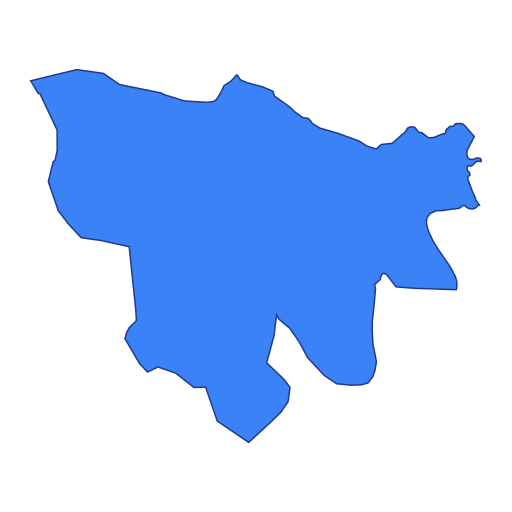 Ash Shamayatayn, Ta`izz, Yemen
{"feature_id": "15242507B595080071721", "entity_name": "Ash Shamayatayn", "entity_type": "district", "adm_level": 2, "iso_a3": "YEM", "parent_name": "Yemen", "parent_adm1": "Ta`izz", "projection": "equal_earth", "projection_center": [44.059, 13.173], "detail": "fine", "context": "isolated", "style": "filled", "palette": "blue", "viewbox_px": 512, "rotation_deg": 0, "n_neighbors": 0, "source": "geoboundaries", "source_scale": "gbopen_adm2", "svg_char_len": 4288}
<svg xmlns="http://www.w3.org/2000/svg" viewBox="0 0 512 512"><path d="M259.4,86.0L253.3,84.4L252.4,84.1L250.1,83.5L246.5,82.5L240.3,79.7L239.4,78.3L237.3,75.1L236.3,75.1L234.9,76.9L230.8,81.3L224.2,85.5L222.4,89.2L219.9,94.2L218.4,96.3L216.0,100.0L213.5,101.4L212.9,101.7L206.3,102.3L196.4,101.7L188.3,101.2L186.8,101.1L184.4,100.9L183.3,100.6L180.1,99.6L175.4,98.1L164.3,94.7L160.9,92.9L157.7,92.3L146.7,90.0L144.8,89.7L136.8,88.0L119.7,84.6L103.3,73.4L95.3,72.2L93.6,72.0L76.8,69.6L72.3,70.7L55.0,74.9L52.4,75.5L50.3,76.0L30.7,80.8L37.1,91.5L38.1,93.3L40.0,93.9L45.4,105.1L51.4,118.0L54.1,123.8L57.1,130.1L57.1,130.3L57.2,150.4L55.0,160.5L53.2,161.8L48.3,181.5L48.4,181.8L57.0,207.0L58.3,210.8L65.3,219.9L68.0,223.5L81.2,237.7L101.5,240.6L129.2,246.7L129.2,246.8L131.0,263.9L131.3,267.5L131.8,272.0L133.8,290.9L135.5,307.1L135.8,310.0L136.4,320.6L129.2,327.7L126.7,332.5L124.9,338.7L125.0,338.8L139.6,363.6L147.5,372.0L158.0,367.0L175.6,373.1L194.0,387.5L205.6,387.1L217.3,421.1L248.7,442.4L270.6,422.2L272.4,420.6L273.2,419.6L278.7,414.4L280.6,412.6L288.1,401.7L288.7,397.4L290.0,387.4L285.3,381.1L284.0,379.4L266.6,362.8L270.2,349.8L270.9,347.0L271.3,345.8L274.0,335.8L275.4,324.3L276.6,314.8L278.7,318.8L279.1,319.3L280.1,320.1L282.9,322.5L285.6,324.8L287.4,326.3L289.8,328.3L293.4,333.6L295.3,336.2L296.3,337.7L299.7,342.6L299.7,342.8L303.9,350.6L307.7,357.8L308.0,358.1L324.4,375.6L336.7,383.8L350.4,385.1L350.7,385.2L361.6,384.8L368.0,383.0L372.9,376.6L373.5,374.7L375.1,369.8L375.1,369.5L376.4,361.9L374.8,353.1L374.4,351.1L373.0,344.6L372.7,339.5L372.3,332.9L372.3,332.1L372.3,321.7L373.7,308.5L374.1,304.8L374.2,303.6L374.4,301.6L375.5,288.9L375.5,288.6L374.9,285.9L374.6,284.6L376.6,282.8L377.5,281.9L379.1,280.6L380.1,279.7L380.3,279.5L380.7,277.1L380.8,276.4L382.9,273.3L384.3,273.4L386.8,274.7L390.9,280.2L394.3,284.6L395.9,286.8L397.9,287.0L403.0,287.4L407.6,287.8L415.0,288.3L416.2,288.4L418.3,288.4L418.6,288.4L420.1,288.5L430.2,288.8L435.2,289.0L436.6,289.0L438.9,289.1L450.6,289.5L452.5,289.5L455.9,289.7L456.3,289.7L456.8,287.4L456.8,286.6L456.8,285.2L456.8,283.0L456.8,282.7L456.8,282.4L456.8,281.7L455.4,276.6L451.6,269.3L450.5,268.0L450.6,267.5L448.4,264.2L444.1,257.9L440.3,252.4L439.5,251.3L437.5,248.4L435.0,244.2L433.7,242.2L433.5,241.8L431.7,238.2L431.0,236.6L430.3,235.2L429.4,233.3L427.7,228.8L426.4,222.9L426.5,221.8L426.7,219.3L426.9,217.9L429.3,214.6L430.0,213.7L430.3,213.4L431.3,213.0L436.4,210.7L441.2,210.6L441.3,210.6L442.8,210.5L446.7,209.9L452.2,209.2L455.4,208.8L456.1,208.7L457.5,208.5L459.4,208.2L460.0,207.7L461.1,206.9L461.5,206.5L462.8,205.6L463.1,205.6L463.8,205.4L464.5,205.5L465.1,205.9L465.8,206.5L466.8,207.4L466.9,207.5L467.8,208.0L468.6,208.5L471.1,208.9L472.0,209.0L472.9,208.9L475.2,208.2L476.6,207.0L477.5,206.0L478.5,205.1L479.3,205.2L478.9,204.4L477.5,202.4L475.7,199.8L475.4,198.1L474.7,196.4L472.7,192.1L471.7,189.5L469.6,183.9L469.0,182.3L467.9,179.6L467.9,177.1L468.9,175.8L470.0,175.0L469.9,174.0L469.9,173.9L469.6,173.0L468.9,171.8L467.3,170.3L467.1,167.5L467.2,167.3L468.1,165.8L469.8,165.8L470.1,165.9L470.6,166.1L471.8,166.0L472.7,165.1L476.4,161.5L478.5,161.2L479.6,161.5L480.4,161.6L480.9,161.6L481.3,160.8L480.8,158.9L480.1,158.3L476.7,157.9L473.5,159.3L470.2,159.4L468.7,158.4L467.6,157.5L466.8,154.4L467.0,151.6L467.1,150.4L467.2,150.2L469.8,145.3L474.2,136.7L473.4,135.4L472.1,134.1L464.9,125.7L463.5,124.7L462.1,123.7L460.6,123.6L459.8,123.5L456.0,123.6L454.9,124.2L453.7,126.2L449.9,126.5L446.6,129.3L445.7,131.3L445.3,133.2L444.9,133.6L443.8,133.9L442.7,133.9L441.1,134.5L440.7,134.6L434.2,137.4L432.4,137.5L429.0,137.8L428.7,137.8L427.2,136.9L425.4,135.4L425.2,135.3L423.4,133.8L421.6,132.5L419.7,132.5L418.2,131.8L416.4,129.4L415.0,127.6L414.2,127.3L412.7,126.8L410.7,126.9L409.8,127.0L407.6,128.1L407.1,128.9L405.4,131.7L404.4,133.0L404.0,133.2L403.5,133.4L400.7,135.8L394.6,141.2L394.2,141.6L392.8,142.8L392.1,143.3L390.7,143.5L382.0,144.4L380.9,144.8L380.3,145.2L377.2,148.2L376.0,148.9L366.9,146.1L359.1,141.0L340.6,134.3L339.2,133.7L337.3,133.1L334.1,132.2L325.4,129.7L320.4,128.2L319.5,127.9L315.7,125.6L312.3,123.4L311.0,121.4L308.2,118.4L302.9,117.6L294.8,111.9L289.8,107.0L277.3,98.1L274.4,96.2L273.1,91.4L263.1,87.0L259.7,86.1L259.4,86.0Z" fill="#3b82f6" stroke="#1e3a8a" stroke-width="1.5"/></svg>